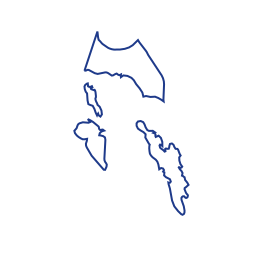 SVG path tracing the border of Surigao del Norte, rotated 158°
{"feature_id": "PHL-2593", "entity_name": "Surigao del Norte", "entity_type": "Province", "adm_level": 1, "iso_a3": "PHL", "parent_name": "Philippines", "parent_adm1": "", "projection": "equal_earth", "projection_center": [125.751, 9.888], "detail": "fine", "context": "isolated", "style": "outline", "palette": "blue", "viewbox_px": 256, "rotation_deg": 158, "n_neighbors": 0, "source": "natural_earth", "source_scale": "10m", "svg_char_len": 3306}
<svg xmlns="http://www.w3.org/2000/svg" viewBox="0 0 256 256"><g transform="rotate(158 128 128)"><path d="M85.8,205.8L85.4,203.2L82.6,193.2L82.2,191.5L81.9,188.0L77.1,164.2L76.9,161.0L77.3,157.8L78.2,155.0L84.5,141.1L85.0,139.3L86.6,141.8L88.8,144.6L91.2,146.9L95.6,148.4L99.3,150.9L102.0,151.3L101.4,155.5L102.4,160.5L104.0,165.6L104.7,170.1L106.0,173.2L109.0,176.5L112.6,178.5L115.5,177.8L115.3,178.4L115.1,179.0L114.9,179.6L114.5,180.3L116.2,180.2L117.2,181.1L118.1,182.7L119.4,182.8L122.2,182.4L123.4,182.7L125.9,186.4L127.0,187.5L128.3,188.1L135.9,189.5L138.3,191.3L142.7,196.6L143.9,197.1L145.5,197.0L147.0,197.4L146.9,197.4L120.2,228.9L121.7,223.6L122.2,220.8L121.3,218.7L120.5,216.2L119.8,214.9L116.5,209.9L115.3,208.6L113.5,207.1L111.7,206.0L106.2,203.8L101.3,202.6L96.8,202.3L92.6,203.0L85.8,205.8ZM119.0,123.7L119.2,126.8L118.3,129.1L116.3,130.3L113.6,129.7L111.7,127.7L111.3,125.1L111.4,122.1L110.9,118.9L109.7,117.5L106.1,116.1L104.7,114.0L106.0,114.1L106.4,114.0L105.3,113.0L104.9,112.2L105.0,111.4L105.6,110.4L105.6,109.3L102.5,109.4L101.2,106.5L101.4,102.3L102.9,98.4L103.6,99.9L104.5,100.6L105.3,100.0L105.6,97.8L105.3,97.0L103.5,94.1L102.9,92.4L102.0,92.4L101.4,94.6L100.5,94.8L99.4,94.0L98.0,93.5L97.2,94.4L96.2,96.1L95.0,97.5L93.1,97.2L92.1,95.4L92.1,93.0L91.7,90.9L90.0,90.1L89.7,89.1L89.8,84.6L89.5,82.8L91.5,81.6L92.6,78.5L92.9,74.8L92.2,71.9L93.2,71.3L94.1,71.4L95.0,72.1L95.8,73.2L95.4,70.4L94.5,68.0L94.3,65.8L95.8,63.6L95.2,63.1L94.9,62.6L94.6,61.9L94.0,61.1L94.5,58.4L93.5,55.2L93.2,52.6L96.3,51.5L97.9,51.1L98.5,50.1L98.5,46.1L98.2,44.8L97.8,44.0L97.7,43.1L98.5,41.8L99.2,41.4L100.1,41.3L100.8,41.7L101.6,43.7L102.7,44.1L103.8,43.8L104.7,43.1L105.3,41.3L105.6,34.6L106.5,30.3L107.3,28.5L108.3,27.4L109.9,27.1L110.9,28.1L112.7,32.2L114.4,38.0L114.3,44.3L111.8,56.3L111.4,60.7L111.0,62.3L110.5,61.8L109.4,61.6L108.4,62.3L108.3,64.7L109.4,66.1L111.2,68.1L112.3,70.5L110.9,73.2L111.8,74.4L110.4,75.5L110.7,77.3L112.3,78.5L114.5,78.0L113.5,82.8L113.4,85.8L114.1,88.2L116.2,91.7L117.0,93.9L117.3,96.0L116.8,98.3L116.0,101.0L114.9,103.4L114.1,104.4L114.5,105.6L115.5,112.7L114.0,115.6L115.2,118.4L117.4,121.2L119.0,123.7ZM177.2,138.2L178.3,140.3L179.1,143.1L178.8,145.5L175.8,147.0L173.7,149.4L172.6,150.2L171.2,150.5L167.7,150.2L162.7,147.7L161.0,147.7L161.9,151.3L160.0,149.2L158.1,146.6L154.8,140.5L154.7,139.8L154.9,139.0L155.1,138.1L154.8,136.9L154.0,136.3L153.0,136.3L152.0,136.0L151.1,134.5L152.9,134.7L154.6,134.5L156.2,133.7L157.4,132.0L156.0,131.2L154.1,129.8L152.9,127.9L153.4,125.5L161.4,108.4L161.9,106.8L161.9,105.1L161.5,103.6L161.4,102.0L162.4,100.2L164.9,97.8L166.1,98.4L172.1,115.9L173.5,125.4L173.5,127.3L172.9,129.2L170.9,131.6L170.0,133.3L172.5,133.8L174.2,134.5L175.6,136.0L177.2,138.2ZM154.3,163.4L155.8,165.0L155.2,168.6L153.0,175.4L153.6,177.5L153.5,180.3L152.8,182.8L151.6,183.9L149.6,184.5L148.6,184.4L149.4,181.6L148.6,180.7L147.1,180.2L145.8,180.3L145.8,179.1L147.1,179.2L147.6,179.1L147.6,177.8L144.9,175.4L144.9,176.7L144.5,175.1L144.7,173.4L145.8,169.5L146.4,168.3L146.9,167.9L147.3,167.3L147.6,165.7L147.6,164.2L147.4,162.2L147.6,161.0L146.3,158.3L146.1,154.1L147.1,150.4L149.3,148.9L150.1,150.1L150.4,151.1L150.3,152.6L151.5,151.8L152.0,151.3L152.2,154.2L152.0,158.2L152.4,161.8L154.3,163.4Z" fill="none" stroke="#1e3a8a" stroke-width="2"/></g></svg>